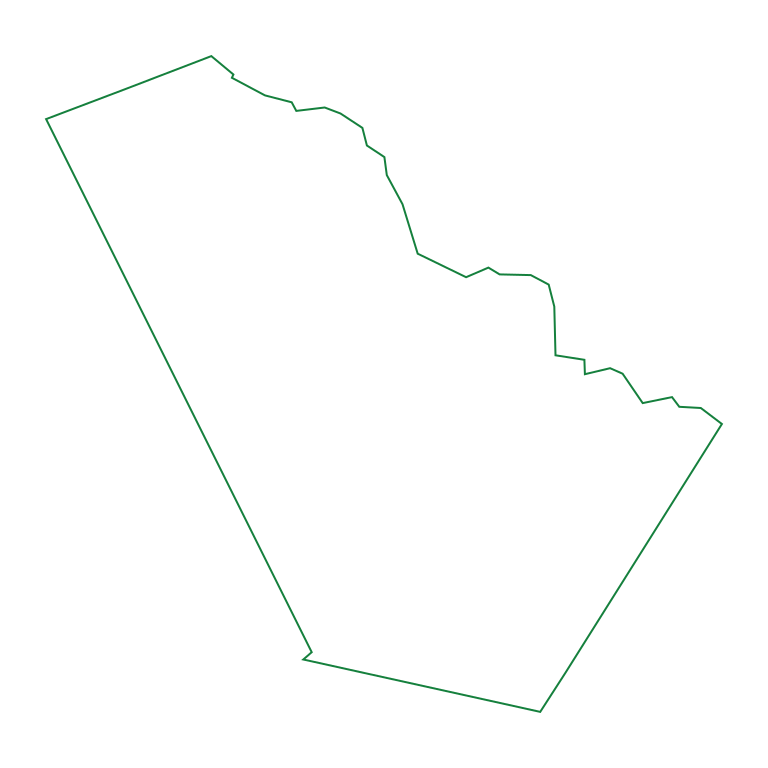 the district of Bee, Texas, United States of America
{"feature_id": "52423323B86725714839987", "entity_name": "Bee", "entity_type": "district", "adm_level": 2, "iso_a3": "USA", "parent_name": "United States of America", "parent_adm1": "Texas", "projection": "robinson", "projection_center": [-97.679, 28.425], "detail": "fine", "context": "isolated", "style": "outline", "palette": "green", "viewbox_px": 768, "rotation_deg": 0, "n_neighbors": 0, "source": "geoboundaries", "source_scale": "gbopen_adm2", "svg_char_len": 576}
<svg xmlns="http://www.w3.org/2000/svg" viewBox="0 0 768 768"><path d="M126.1,88.8L46.1,119.1L311.7,652.2L303.3,659.5L539.4,711.7L540.2,711.9L565.3,673.0L721.9,424.0L700.8,408.0L679.3,406.8L672.0,397.1L642.7,403.1L622.6,373.7L610.1,368.2L584.9,374.2L584.4,359.8L555.5,355.3L554.3,306.6L548.7,284.6L530.8,275.1L499.6,274.4L488.4,267.6L466.1,277.2L417.7,253.7L402.5,204.2L386.8,175.1L384.4,157.1L366.9,145.5L362.4,127.9L340.5,113.5L324.7,107.5L296.3,110.9L291.7,102.3L265.0,95.4L231.9,77.8L233.4,74.5L211.3,56.1L126.1,88.8Z" fill="none" stroke="#15803d" stroke-width="2"/></svg>